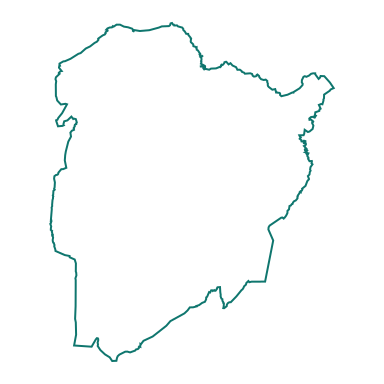 Skaun nor, Sør-Trøndelag, Norway
{"feature_id": "86288312B11498019904431", "entity_name": "Skaun nor", "entity_type": "district", "adm_level": 2, "iso_a3": "NOR", "parent_name": "Norway", "parent_adm1": "Sør-Trøndelag", "projection": "albers", "projection_center": [10.037, 63.259], "detail": "fine", "context": "isolated", "style": "outline", "palette": "teal", "viewbox_px": 384, "rotation_deg": 0, "n_neighbors": 0, "source": "geoboundaries", "source_scale": "gbopen_adm2", "svg_char_len": 5771}
<svg xmlns="http://www.w3.org/2000/svg" viewBox="0 0 384 384"><path d="M74.1,345.5L91.6,346.7L95.7,339.6L96.8,338.2L97.8,338.3L98.2,339.0L98.2,340.4L97.6,342.7L98.0,344.3L97.7,346.0L100.4,350.1L105.0,354.4L109.7,357.3L112.2,361.0L116.4,360.8L117.0,357.9L117.7,356.2L119.4,354.6L125.2,351.7L127.3,351.6L130.1,352.4L135.1,350.6L136.1,349.4L137.8,349.1L138.8,348.2L138.8,347.0L139.2,346.5L140.2,346.8L140.1,346.4L140.4,345.6L140.4,344.1L140.8,344.4L143.5,340.8L152.7,336.5L166.3,325.8L170.4,321.1L184.4,313.4L187.6,310.4L189.8,307.4L193.2,307.3L196.6,306.4L196.4,306.0L199.1,305.1L202.1,302.9L204.9,301.8L206.1,299.4L206.2,297.4L207.1,296.8L209.1,292.1L210.1,292.5L211.2,290.3L212.3,290.3L212.8,291.0L214.2,290.1L214.9,290.8L215.6,290.7L217.0,288.8L216.9,288.4L217.5,287.3L220.0,287.1L220.3,292.3L220.7,294.8L220.6,296.3L221.4,298.6L222.4,299.2L222.4,300.8L223.2,302.0L223.2,302.9L223.9,303.3L223.7,306.4L223.3,308.1L224.1,308.2L226.7,306.2L226.9,304.6L227.8,303.2L229.2,302.3L230.8,302.2L236.4,296.4L241.6,290.0L242.5,289.4L243.5,287.8L244.1,286.3L245.9,284.7L246.4,282.9L248.4,281.0L249.3,282.2L251.5,281.7L265.1,281.6L273.2,240.5L268.4,229.5L268.6,227.3L269.6,225.6L281.2,217.7L282.3,217.5L283.6,218.5L283.9,217.9L284.5,217.8L286.1,215.7L287.4,213.1L287.5,210.8L289.0,209.4L289.5,206.0L290.8,205.5L291.8,204.1L292.5,204.0L293.0,202.5L294.1,201.2L295.7,200.5L297.1,198.9L297.6,198.0L297.3,197.0L297.8,196.3L297.7,195.7L299.5,193.1L299.7,192.2L300.8,192.4L300.7,191.1L301.7,190.7L302.4,189.5L302.1,188.7L305.5,185.9L307.3,181.1L308.9,179.3L309.0,179.0L307.9,176.1L309.5,174.5L309.8,172.0L310.6,170.7L310.1,169.6L310.5,167.1L312.5,164.3L311.5,163.3L311.9,161.8L311.8,161.0L309.5,161.2L308.1,158.8L308.5,158.3L308.4,157.5L307.5,156.5L307.3,155.6L308.1,153.9L306.8,154.2L306.5,153.8L307.4,153.0L305.1,152.2L306.6,151.3L307.3,150.4L306.5,149.6L306.1,150.1L304.9,150.0L304.8,149.6L305.0,149.2L306.3,148.6L304.0,146.0L305.4,145.3L305.9,144.4L305.8,143.5L304.0,143.2L304.2,142.4L305.4,141.7L305.4,141.1L303.9,140.7L302.7,141.6L301.5,141.4L301.4,140.2L299.7,138.8L300.8,137.4L299.9,136.6L299.3,135.3L303.6,135.2L304.2,133.8L304.7,129.8L307.9,132.0L309.5,131.5L312.6,129.0L313.4,125.6L312.2,123.2L313.0,122.0L312.4,121.8L312.8,121.1L310.8,119.5L309.5,119.8L309.3,118.5L310.9,117.1L312.3,116.8L314.7,117.6L315.8,115.8L314.6,115.5L315.1,114.3L315.3,112.3L319.3,110.9L319.5,109.4L320.6,108.7L318.9,104.9L321.1,104.0L322.4,104.3L323.5,100.5L323.4,99.6L324.0,98.3L324.1,94.6L329.8,90.7L330.6,89.5L333.7,88.1L329.9,82.5L324.3,76.2L320.6,76.0L320.0,77.6L318.6,78.9L315.2,74.2L315.2,73.3L313.2,73.3L311.1,73.8L309.0,75.6L306.4,76.8L304.8,76.2L303.5,76.8L301.9,80.1L301.8,82.4L302.7,83.8L302.5,85.1L299.6,88.3L293.3,92.2L294.3,92.7L292.3,92.5L287.6,94.7L281.4,96.2L280.1,95.0L280.1,93.6L279.6,92.9L276.1,92.5L276.2,91.7L275.9,91.6L275.2,89.1L272.3,89.7L268.8,87.0L268.1,86.2L267.7,84.9L267.9,83.8L267.2,82.0L267.3,81.0L265.7,79.6L263.8,80.0L261.1,79.2L259.4,77.3L259.1,76.0L257.4,74.5L256.7,75.0L256.8,75.6L255.8,76.3L254.0,76.6L252.7,75.7L252.1,74.0L250.3,73.3L244.9,73.7L244.1,72.7L241.9,71.8L241.6,71.0L239.8,69.7L237.4,69.8L236.1,67.2L232.5,65.5L230.5,63.2L228.6,64.4L226.3,61.8L225.3,61.9L224.4,62.3L224.3,63.1L223.0,64.7L222.2,65.1L221.5,64.7L220.9,65.5L221.0,66.4L220.2,67.2L219.5,67.0L216.0,68.4L211.0,68.6L209.2,69.7L205.6,68.9L204.2,69.4L203.3,68.3L203.3,66.5L199.9,66.5L203.3,65.7L203.9,66.4L204.1,68.7L205.0,68.8L205.1,66.4L204.9,65.9L200.9,63.7L201.5,61.9L201.0,61.1L201.4,60.3L201.5,59.0L201.2,57.7L200.4,57.0L202.1,56.0L203.0,56.8L202.1,55.9L200.5,56.5L199.6,54.5L201.1,53.7L200.1,53.9L198.0,50.5L196.7,49.7L196.6,47.4L196.1,47.7L195.7,46.9L193.4,46.2L193.2,44.3L190.9,42.2L190.7,41.3L191.1,38.7L190.7,38.5L190.7,37.8L188.4,35.0L188.2,33.9L186.2,33.8L184.7,31.3L183.5,30.3L183.2,29.6L183.3,29.0L182.3,27.6L178.0,26.4L177.0,25.4L174.2,25.5L173.9,24.7L173.0,24.6L172.0,23.0L170.6,23.4L170.0,25.3L168.9,26.1L161.8,26.4L158.8,27.6L149.3,30.2L139.9,31.0L133.1,29.9L133.2,30.9L133.9,31.1L134.4,31.6L132.9,30.9L132.9,29.6L132.2,28.7L128.1,27.3L123.9,26.6L120.1,24.7L116.5,24.7L113.7,26.6L112.9,26.1L112.5,26.6L112.7,26.8L111.9,27.4L109.7,27.5L107.5,28.4L106.3,29.7L107.4,30.0L107.6,30.7L105.7,32.1L105.3,33.0L105.6,33.4L104.8,34.5L102.7,35.4L98.5,38.4L98.1,38.9L98.4,39.4L98.4,39.9L96.9,41.7L94.6,42.9L90.1,46.4L85.8,48.5L80.6,53.1L78.4,53.8L70.5,58.8L65.0,61.2L63.3,61.4L59.5,63.6L59.4,64.2L60.0,65.7L59.4,65.9L59.5,66.3L59.0,67.0L59.0,67.7L61.6,71.0L60.7,71.1L58.8,72.8L58.8,73.4L59.5,73.9L56.0,77.2L55.7,78.1L55.5,79.2L56.2,81.2L55.8,84.3L55.9,96.1L56.4,97.1L57.2,100.5L60.9,104.5L65.5,103.8L67.0,104.3L62.1,113.2L58.3,117.9L57.4,119.8L56.1,120.3L56.3,121.2L58.0,126.3L62.4,125.9L63.7,125.3L63.5,125.1L63.5,123.9L64.2,121.3L67.4,120.4L71.4,116.6L73.2,119.0L73.8,118.6L75.8,119.1L76.8,122.4L76.2,123.2L76.4,123.5L76.3,124.1L74.9,124.7L74.6,125.8L74.8,126.3L73.7,128.0L74.0,128.3L73.8,129.0L74.0,129.8L71.9,130.7L70.4,132.6L71.0,136.6L68.3,141.6L65.8,151.5L65.2,155.1L64.8,160.4L66.3,167.8L63.2,169.1L61.3,169.2L58.4,172.6L58.2,173.9L57.5,174.7L56.0,175.0L54.4,176.2L54.1,178.7L54.9,182.4L54.6,187.4L54.1,188.8L54.7,189.7L53.4,190.9L53.2,194.5L52.8,195.4L53.3,196.3L53.0,197.0L53.0,197.4L53.0,198.4L52.5,200.1L52.1,204.9L52.2,206.1L51.6,207.6L51.8,209.0L50.9,219.9L51.2,219.9L51.4,220.9L51.0,221.5L51.3,221.6L50.7,223.6L50.3,223.9L51.2,226.4L50.9,228.0L50.8,229.9L52.1,230.9L51.8,231.7L52.3,233.4L52.4,234.1L52.1,234.4L52.2,235.5L52.8,235.4L52.7,236.1L53.1,237.6L52.7,239.9L52.8,241.2L53.2,242.6L53.7,242.8L54.5,245.1L54.2,246.1L55.3,249.4L55.5,251.0L64.9,255.1L69.6,256.0L69.7,257.3L74.7,259.5L75.9,263.4L75.8,271.5L76.2,272.6L76.4,275.4L75.4,278.4L75.7,279.9L75.7,285.1L75.6,306.2L75.1,318.9L75.8,322.4L76.1,334.7L74.1,345.5Z" fill="none" stroke="#0f766e" stroke-width="2"/></svg>